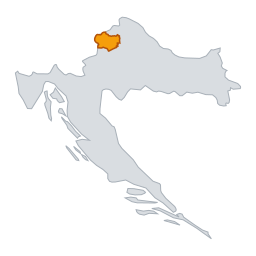 where Krapinsko-Zagorska sits in Croatia
{"feature_id": "HRV-1582", "entity_name": "Krapinsko-Zagorska", "entity_type": "County", "adm_level": 1, "iso_a3": "HRV", "parent_name": "Croatia", "parent_adm1": "", "projection": "albers", "projection_center": [16.026, 46.085], "detail": "fine", "context": "in_parent", "style": "filled", "palette": "amber", "viewbox_px": 256, "rotation_deg": 0, "n_neighbors": 0, "source": "natural_earth", "source_scale": "10m", "svg_char_len": 4968}
<svg xmlns="http://www.w3.org/2000/svg" viewBox="0 0 256 256"><path d="M17.7,71.2L19.1,73.4L29.1,76.3L31.3,75.2L32.6,73.5L32.7,72.3L33.6,72.0L37.0,73.8L47.9,73.9L50.1,72.6L54.3,65.1L55.7,64.5L56.5,64.8L57.1,67.0L58.7,69.2L64.1,74.3L66.1,75.0L68.2,73.6L70.2,73.3L76.2,76.0L81.2,76.6L84.9,75.2L83.1,71.1L82.8,69.0L83.1,67.3L85.7,65.5L85.5,64.7L82.5,61.5L82.7,60.7L89.4,57.2L95.9,55.3L97.0,53.8L97.9,47.2L97.5,43.6L94.9,40.3L94.8,38.6L95.4,36.9L96.4,35.3L102.0,33.5L110.2,29.7L112.7,26.1L114.2,25.5L118.7,26.0L119.7,25.1L119.0,19.9L119.8,18.6L122.2,17.2L126.2,17.7L129.5,19.0L138.2,23.5L142.9,27.6L145.5,32.3L149.1,35.9L153.5,38.4L157.1,41.8L159.7,46.1L163.4,48.5L168.1,49.0L171.0,50.4L172.3,52.8L174.9,55.0L178.8,56.9L184.7,57.9L199.7,58.4L206.3,55.9L211.2,49.7L213.3,50.0L220.2,48.0L219.9,51.7L217.8,53.3L220.1,57.0L222.3,63.0L221.3,66.0L222.7,68.3L227.0,70.5L225.9,71.2L225.0,73.2L225.0,76.9L228.5,80.1L237.7,83.5L240.5,86.4L240.6,87.7L240.2,88.6L233.2,89.2L230.5,87.7L230.3,90.2L227.8,91.0L229.6,99.9L229.1,102.5L228.2,103.4L226.2,103.0L225.7,103.8L226.2,105.7L223.7,106.0L219.6,105.2L217.7,103.5L217.2,100.1L215.8,97.5L212.5,94.8L205.8,94.6L197.9,92.2L192.3,93.2L186.8,92.1L182.2,95.7L179.8,95.7L175.0,91.5L173.6,91.2L169.6,93.5L167.9,93.7L161.0,91.4L158.5,91.1L156.6,91.9L153.3,91.1L145.3,85.5L140.5,89.9L130.5,88.9L127.6,91.9L124.2,97.5L121.4,100.2L119.0,99.3L116.2,96.8L111.2,90.4L108.7,89.3L105.9,89.0L103.3,89.7L102.0,91.0L100.0,108.5L99.9,113.5L105.5,118.1L112.0,125.9L114.1,126.8L115.2,129.4L118.5,143.5L121.9,148.4L133.3,159.8L138.2,167.1L153.0,181.2L159.5,183.6L160.5,184.9L160.7,190.5L161.4,192.6L165.8,198.3L174.8,206.6L175.9,208.6L176.2,210.0L175.7,211.1L173.4,212.3L163.0,202.9L155.0,197.8L145.9,188.0L133.9,184.3L125.7,180.0L115.3,182.0L111.9,182.1L109.5,181.3L107.8,178.6L107.8,173.9L103.0,169.5L96.6,165.4L90.5,160.1L78.3,145.6L75.9,141.0L82.2,139.3L89.5,140.3L81.7,134.2L70.6,122.1L67.4,116.4L67.1,110.3L68.0,102.0L66.1,96.0L57.7,88.1L54.6,84.0L48.4,81.5L45.6,81.6L43.8,84.6L42.4,91.3L31.6,108.7L27.5,108.5L23.2,99.9L19.0,93.5L18.2,86.7L15.4,73.0L17.7,71.2ZM208.0,232.1L208.1,234.0L211.4,238.8L196.8,228.3L183.1,219.8L173.5,217.8L160.3,210.9L151.8,208.5L158.7,207.8L179.0,217.0L176.7,214.5L179.6,213.4L182.1,214.1L183.7,217.2L195.2,225.3L202.6,230.1L208.0,232.1ZM51.6,118.7L51.2,120.8L48.9,118.1L47.8,113.3L45.0,105.5L44.7,103.3L46.3,101.2L46.2,99.0L44.3,92.1L46.1,91.1L47.1,91.0L47.4,95.7L48.3,98.4L51.1,101.8L50.4,107.3L50.8,115.1L51.6,118.7ZM64.3,101.6L59.5,102.7L57.3,100.6L56.7,98.9L52.9,98.3L50.1,94.8L53.5,92.2L55.3,88.0L61.6,96.8L64.3,101.6ZM141.3,194.7L135.0,194.9L129.6,194.0L126.9,192.3L127.9,188.5L133.9,188.7L143.2,190.3L145.5,192.3L144.8,193.2L141.3,194.7ZM157.6,202.4L154.8,203.0L137.1,202.8L132.0,201.7L125.1,197.9L130.8,197.1L136.2,197.9L137.8,200.0L157.6,202.4ZM78.5,136.7L77.5,138.2L67.9,128.4L66.8,125.2L62.1,118.6L61.4,116.8L65.7,121.2L67.4,121.6L71.5,125.8L75.6,131.3L80.5,136.0L78.5,136.7ZM136.1,209.7L143.4,211.1L148.8,210.4L153.7,211.2L157.6,213.8L149.1,213.3L144.1,215.1L139.6,214.2L137.9,213.1L136.7,211.7L136.1,209.7ZM78.3,159.2L78.8,160.6L76.2,160.0L66.8,148.0L65.8,145.7L69.1,148.5L78.3,159.2ZM62.0,108.8L65.9,115.9L62.3,113.7L59.0,112.8L58.4,111.2L59.6,108.6L62.0,108.8ZM174.5,221.5L180.0,225.1L163.9,220.5L167.4,219.9L174.5,221.5ZM85.5,156.5L88.0,160.6L85.6,159.7L83.0,157.2L81.5,154.5L85.5,156.5ZM80.0,151.6L80.6,153.6L75.8,149.9L73.6,146.4L80.0,151.6Z" fill="#d9dde1" stroke="#a8b0b8" stroke-width="1"/><path d="M102.6,32.7L103.3,32.4L103.9,32.2L105.6,32.2L105.7,32.4L105.8,32.9L105.8,33.3L105.9,33.6L106.2,33.9L107.8,34.4L108.1,34.6L108.2,34.8L108.3,35.2L108.4,35.5L108.5,35.6L109.0,35.8L109.5,35.8L109.8,35.8L110.9,36.2L111.3,36.3L111.6,36.2L112.1,36.0L112.3,36.0L112.6,35.9L113.1,36.0L113.7,35.9L114.3,35.8L114.5,35.8L114.9,35.8L115.4,36.1L116.1,36.1L116.3,36.0L116.6,35.8L116.7,35.6L117.1,35.1L117.2,34.9L117.5,34.7L118.0,35.0L118.3,35.6L118.5,35.8L118.8,35.8L119.3,35.8L119.5,36.1L119.3,36.7L119.3,37.1L119.5,37.5L119.7,37.9L119.8,38.0L119.8,38.5L119.6,39.2L119.6,39.7L119.5,40.2L119.8,43.0L119.3,42.8L119.2,42.8L118.5,43.2L118.4,43.2L118.2,43.2L117.7,43.0L117.3,43.1L117.3,43.3L117.3,43.6L117.4,43.8L117.5,43.9L117.7,44.0L117.8,44.1L118.0,44.3L118.0,44.5L117.9,44.6L117.3,45.0L117.2,45.1L117.3,45.3L117.7,45.7L117.8,45.8L117.9,46.1L117.4,46.2L117.3,46.3L117.1,46.3L116.9,46.1L116.7,46.1L116.4,46.1L116.3,46.3L116.3,46.6L116.3,46.8L116.6,47.1L116.6,47.4L116.4,47.5L115.3,47.9L114.8,48.0L114.3,48.4L113.6,48.6L108.8,51.1L108.5,51.0L108.3,50.7L108.3,50.4L107.9,49.9L107.7,49.5L107.3,48.9L107.1,48.6L106.8,48.5L104.5,47.8L104.0,47.6L103.7,47.4L103.4,47.3L103.1,47.3L102.5,47.5L102.0,47.9L101.2,48.0L98.5,47.8L97.9,47.8L97.8,46.6L98.1,45.5L98.6,44.9L98.7,44.3L98.5,44.0L98.2,43.5L97.7,43.1L96.7,42.7L96.2,42.4L95.9,42.1L95.2,41.3L94.7,40.1L94.7,38.7L95.2,37.2L95.9,35.8L96.1,35.6L96.6,34.9L97.4,34.5L98.0,34.6L100.7,34.8L101.4,34.3L102.2,33.0L102.6,32.7Z" fill="#f59e0b" stroke="#b45309" stroke-width="1.5"/></svg>